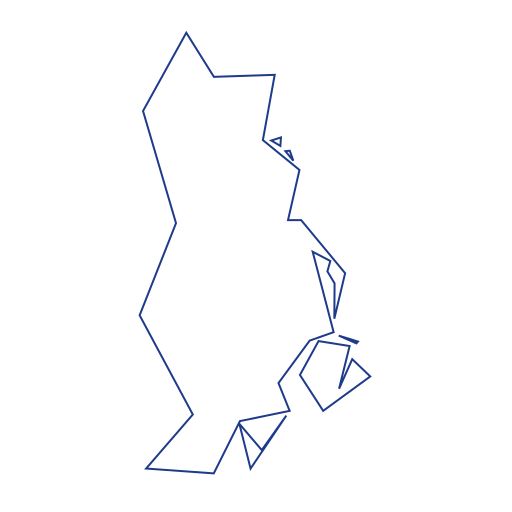 Mecklenburg-Vorpommern, Natural Earth projection, rotated 93°
{"feature_id": "DEU-3488", "entity_name": "Mecklenburg-Vorpommern", "entity_type": "State", "adm_level": 1, "iso_a3": "DEU", "parent_name": "Germany", "parent_adm1": "", "projection": "natural_earth1", "projection_center": [12.667, 53.898], "detail": "coarse", "context": "isolated", "style": "outline", "palette": "blue", "viewbox_px": 512, "rotation_deg": 93, "n_neighbors": 0, "source": "natural_earth", "source_scale": "10m", "svg_char_len": 767}
<svg xmlns="http://www.w3.org/2000/svg" viewBox="0 0 512 512"><g transform="rotate(93 256 256)"><path d="M475.3,286.8L474.0,354.6L417.6,310.8L321.3,369.1L227.4,337.6L117.1,376.4L36.7,337.3L79.3,307.4L74.1,246.8L139.9,255.2L167.8,217.1L218.5,225.9L217.8,212.8L268.5,166.1L314.5,174.5L279.2,176.1L267.6,183.9L257.1,181.5L248.8,199.6L328.0,174.5L337.7,198.0L381.7,226.9L408.9,214.3L421.7,263.4L475.3,286.8ZM407.1,180.8L372.5,205.9L337.7,189.1L341.0,157.8L384.2,166.1L354.0,154.5L370.3,135.6L407.1,180.8ZM468.6,250.3L424.5,263.8L449.5,240.1L413.8,217.4L468.6,250.3ZM139.9,246.8L136.3,237.3L144.8,237.4L139.9,246.8ZM336.1,149.7L338.0,151.2L331.2,169.2L336.1,149.7ZM149.8,232.1L149.1,227.8L158.9,223.7L149.8,232.1Z" fill="none" stroke="#1e3a8a" stroke-width="2"/></g></svg>